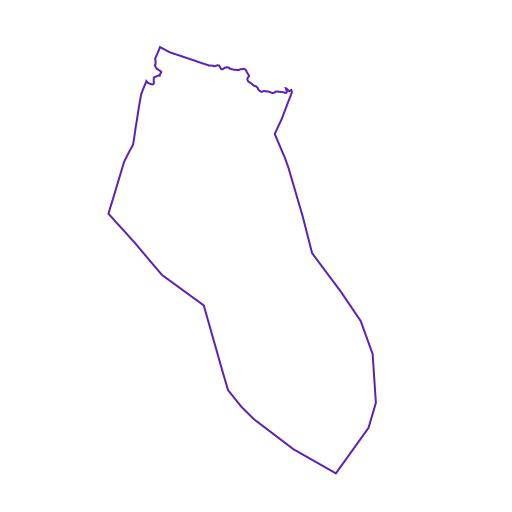 Tlacotepec Plumas, Oaxaca, Mexico, rotated 204°
{"feature_id": "50627088B14217119498753", "entity_name": "Tlacotepec Plumas", "entity_type": "district", "adm_level": 2, "iso_a3": "MEX", "parent_name": "Mexico", "parent_adm1": "Oaxaca", "projection": "mercator", "projection_center": [-97.45, 17.871], "detail": "fine", "context": "isolated", "style": "outline", "palette": "violet", "viewbox_px": 512, "rotation_deg": 204, "n_neighbors": 0, "source": "geoboundaries", "source_scale": "gbopen_adm2", "svg_char_len": 2393}
<svg xmlns="http://www.w3.org/2000/svg" viewBox="0 0 512 512"><g transform="rotate(204 256 256)"><path d="M289.8,420.2L290.1,420.8L291.4,421.9L292.7,420.0L296.3,421.4L297.0,421.3L295.2,419.4L294.5,418.3L294.7,417.5L295.4,416.8L296.3,416.9L297.3,416.8L303.6,414.8L304.8,414.3L305.9,412.4L307.1,411.6L308.3,411.5L311.8,411.2L315.9,409.9L316.7,409.1L317.8,408.2L318.7,408.2L320.4,408.5L322.2,409.5L322.6,410.1L323.8,410.5L324.4,411.0L325.6,410.9L327.5,410.8L330.5,411.7L334.4,412.4L335.6,413.7L335.9,414.3L336.1,415.4L335.5,417.2L335.8,418.0L339.1,420.2L340.0,421.0L340.6,421.6L342.1,422.1L343.4,422.0L344.2,421.2L346.2,420.3L346.8,419.4L348.6,418.2L349.2,418.2L351.2,417.4L355.1,416.6L356.3,416.4L356.9,417.0L357.2,417.0L359.2,416.7L360.3,415.7L360.8,415.7L361.0,415.5L362.1,413.5L362.5,413.1L363.2,412.6L363.9,412.7L365.5,413.8L367.1,415.0L368.9,414.5L370.0,413.3L370.4,412.9L371.6,412.2L372.2,412.4L372.7,412.3L373.7,411.9L375.0,411.6L376.3,410.8L377.5,410.9L379.4,410.6L381.0,410.5L382.7,410.3L383.8,410.2L389.4,409.7L393.9,409.3L396.2,409.1L397.8,409.0L398.9,408.8L417.6,407.0L428.7,407.8L428.5,405.5L428.4,399.7L428.4,396.4L428.4,395.3L426.8,392.7L425.8,390.5L426.0,389.8L425.9,388.9L425.4,388.7L424.4,387.6L422.6,386.6L421.4,386.6L420.2,386.2L419.9,386.2L419.1,386.2L417.5,385.7L417.4,385.4L417.3,384.5L417.3,384.3L417.6,383.5L417.5,382.1L417.4,381.6L417.8,381.7L418.3,381.4L421.9,377.6L421.5,376.3L419.9,372.8L419.6,372.3L419.5,372.0L419.8,371.1L420.2,370.7L421.1,370.4L425.0,370.1L427.3,371.2L427.2,370.6L427.1,366.7L426.9,360.6L426.8,360.4L426.8,359.7L426.7,357.1L426.3,355.8L425.8,353.5L424.6,348.6L423.6,344.5L422.4,340.3L421.4,336.4L420.9,334.6L420.3,332.4L419.2,328.3L418.2,324.3L416.8,319.5L415.4,314.5L414.2,310.0L413.6,307.8L413.7,306.5L413.7,305.8L414.3,299.4L414.8,288.3L409.7,248.5L409.6,247.0L409.2,244.4L409.1,243.2L408.0,234.6L405.2,233.4L404.7,233.2L400.4,231.3L399.2,230.6L387.0,225.4L374.1,219.6L373.6,219.5L369.3,217.4L353.1,209.5L334.1,200.4L283.6,189.6L240.2,137.6L227.0,122.1L207.8,112.2L191.7,106.1L143.3,94.7L94.6,89.9L83.3,144.9L86.8,170.7L109.6,213.9L133.8,239.1L163.8,257.8L205.9,281.4L229.4,311.1L262.4,350.0L269.8,357.7L275.9,363.3L283.6,370.5L285.5,372.3L288.5,375.1L288.4,382.1L288.3,388.8L288.2,392.0L288.4,394.3L288.7,399.9L288.9,403.5L289.0,405.3L289.0,405.6L289.3,410.2L289.3,411.5L289.8,420.2Z" fill="none" stroke="#5b21b6" stroke-width="2"/></g></svg>